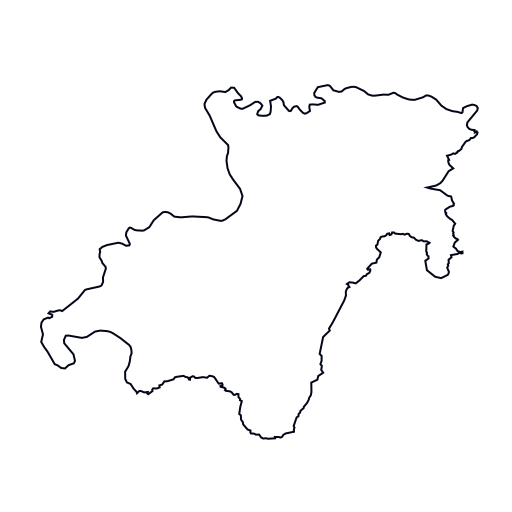 outline of Khoelenya, Mohale's Hoek, Lesotho, rotated 97°
{"feature_id": "5366337B9644670448784", "entity_name": "Khoelenya", "entity_type": "district", "adm_level": 2, "iso_a3": "LSO", "parent_name": "Lesotho", "parent_adm1": "Mohale's Hoek", "projection": "equal_earth", "projection_center": [27.429, -30.302], "detail": "fine", "context": "isolated", "style": "outline", "palette": "ink", "viewbox_px": 512, "rotation_deg": 97, "n_neighbors": 0, "source": "geoboundaries", "source_scale": "gbopen_adm2", "svg_char_len": 5969}
<svg xmlns="http://www.w3.org/2000/svg" viewBox="0 0 512 512"><g transform="rotate(97 256 256)"><path d="M372.5,454.9L376.3,451.3L387.9,442.6L388.8,439.4L390.9,435.7L390.9,431.9L387.2,428.7L384.7,423.7L382.1,422.9L375.8,425.2L366.0,435.7L362.7,436.4L358.3,435.1L357.8,432.2L358.5,418.8L356.9,414.0L350.6,406.5L349.0,401.4L348.7,394.6L349.1,391.4L350.1,388.6L354.1,380.4L359.7,371.2L361.3,369.5L364.5,368.2L367.9,367.6L370.9,368.4L375.9,368.4L380.8,369.1L386.8,371.8L394.0,370.8L397.2,368.7L398.3,364.9L402.8,361.1L405.4,358.0L406.7,357.4L404.4,355.6L404.0,353.9L405.0,350.3L404.2,346.9L405.7,347.2L406.3,346.1L402.7,342.3L401.3,342.7L399.9,341.9L399.6,338.3L398.2,335.6L396.3,336.2L395.0,333.4L391.6,331.7L391.2,329.0L388.5,322.9L386.2,321.6L385.4,319.3L383.8,313.3L384.7,311.1L384.7,309.2L385.2,308.3L386.8,307.5L386.8,306.4L384.8,306.6L383.1,304.3L383.1,303.0L384.4,301.4L384.2,299.2L382.7,294.0L382.8,289.8L380.5,287.6L380.7,284.5L381.2,282.8L387.2,277.5L386.4,274.3L387.7,273.5L388.8,273.5L389.2,275.4L390.1,275.2L390.7,271.0L391.7,269.9L392.9,270.5L393.5,269.5L393.5,265.5L394.2,263.6L396.5,261.3L396.5,260.2L395.2,258.3L395.2,256.6L398.2,256.2L399.9,254.3L401.1,254.3L401.8,252.4L407.5,253.2L414.8,253.4L416.0,251.6L420.2,250.9L422.5,248.8L424.7,248.2L429.2,243.3L429.9,240.2L431.6,240.2L432.7,239.5L432.6,235.9L433.3,234.4L432.9,231.1L435.5,228.8L436.3,226.6L435.7,224.1L435.9,221.6L434.6,214.8L433.3,215.2L432.9,211.5L433.2,209.5L432.3,208.1L430.1,207.0L428.5,204.9L425.8,196.9L423.6,197.3L421.6,196.9L420.2,197.9L411.2,196.0L410.0,194.4L407.5,194.4L406.0,193.1L404.4,193.1L401.0,190.1L399.7,190.1L395.8,187.5L392.1,186.1L390.1,185.9L387.6,184.6L384.3,184.4L374.9,185.7L371.3,180.0L367.5,179.6L363.7,175.1L361.1,177.4L357.1,177.2L355.4,178.9L352.1,178.1L347.1,178.7L345.5,180.9L328.2,179.5L321.0,173.7L319.1,174.7L313.0,171.9L289.6,163.1L284.4,161.9L280.5,162.5L278.5,162.1L276.7,161.3L275.4,159.5L274.3,160.7L273.3,160.9L272.7,162.3L270.7,160.1L270.6,156.7L271.0,153.7L267.6,150.3L262.9,146.7L262.3,144.5L260.7,143.9L258.9,141.5L256.6,140.7L255.3,141.1L256.0,143.3L255.1,144.1L249.5,140.1L247.9,135.7L244.9,135.6L242.2,133.5L237.2,132.6L234.3,136.6L233.0,137.8L231.1,138.2L229.9,136.9L226.0,136.6L224.1,135.1L222.1,134.6L221.2,132.9L220.9,131.1L219.5,129.2L218.0,128.6L217.3,126.6L218.9,126.0L218.5,124.8L217.1,123.8L216.1,123.8L215.8,122.0L216.8,120.6L216.7,114.8L216.1,112.8L216.7,111.2L215.5,109.0L215.5,107.0L217.3,105.8L218.5,103.6L218.5,101.6L220.4,99.2L221.2,96.6L220.1,93.4L221.0,91.4L220.6,88.4L221.8,85.4L222.7,86.2L223.7,88.2L230.8,87.6L232.1,86.6L233.3,86.8L234.5,86.0L235.3,84.8L237.4,84.4L240.1,87.4L249.3,84.6L254.8,75.6L255.4,69.6L251.4,63.4L250.0,62.8L248.2,62.6L244.3,64.8L242.2,64.0L240.9,64.6L239.7,63.8L236.2,64.4L233.5,61.8L231.4,62.6L229.4,56.2L228.0,54.3L228.5,52.4L228.1,51.4L226.5,51.6L227.2,53.5L226.6,56.5L224.4,58.3L222.6,61.3L218.4,60.3L215.3,57.5L214.6,58.2L214.4,59.6L213.5,61.0L212.7,62.0L211.7,62.2L211.6,62.8L210.7,62.5L209.5,63.1L208.6,62.7L207.1,63.9L201.8,63.4L199.7,62.2L196.2,65.9L195.8,67.3L193.4,71.0L191.1,72.9L190.2,72.4L189.2,73.6L187.4,73.9L186.6,73.4L183.4,69.5L182.2,66.4L181.5,65.9L180.5,66.3L179.9,65.9L177.0,68.2L173.5,69.4L173.1,69.7L173.0,72.4L172.4,74.0L168.3,81.2L167.8,91.1L167.2,94.5L164.1,85.8L161.3,82.0L158.6,80.0L148.3,75.1L145.0,70.9L142.0,75.1L139.6,76.5L137.6,76.9L137.1,76.0L133.2,78.6L131.8,75.1L130.1,72.6L130.4,70.9L129.0,69.1L128.6,69.3L128.1,68.5L127.1,68.2L126.9,67.2L124.7,65.2L122.5,64.8L117.3,62.0L116.1,60.9L115.3,58.8L114.1,57.7L112.8,57.2L112.4,55.1L111.6,53.9L108.2,51.4L106.4,51.2L106.3,51.8L105.8,52.1L106.5,53.3L105.6,53.0L106.0,54.1L105.2,54.9L104.4,54.6L104.4,57.9L103.8,59.9L102.1,61.8L100.3,62.7L97.5,62.4L84.7,54.2L82.1,53.9L80.3,55.3L79.6,57.3L79.4,59.9L81.5,64.7L83.9,68.5L88.3,68.6L89.1,69.4L88.4,73.5L88.3,78.8L87.0,84.9L84.1,90.4L78.9,96.1L76.4,101.3L75.7,104.6L75.9,106.7L78.2,109.7L81.7,117.6L82.0,121.7L81.9,124.1L80.7,129.8L78.6,135.5L77.4,137.6L77.2,139.5L79.8,144.1L80.3,149.3L82.4,157.6L82.7,160.1L82.0,164.3L79.1,168.8L76.3,177.0L76.1,179.2L76.5,181.8L78.2,186.3L79.3,188.3L82.3,191.1L83.0,193.7L82.1,199.4L78.4,203.1L77.8,204.4L77.7,205.8L80.9,215.2L87.1,218.1L89.4,217.6L90.8,216.4L91.4,214.6L91.4,210.8L91.8,209.8L93.8,206.7L95.3,206.4L98.4,212.9L98.6,218.3L99.2,221.1L101.5,221.3L105.5,220.1L108.1,223.2L108.8,225.0L108.1,226.9L105.2,230.6L102.7,232.8L102.3,234.0L103.2,236.5L105.0,237.9L107.7,239.1L108.1,239.9L107.9,241.1L102.9,246.7L100.0,247.5L98.1,248.9L95.9,251.8L95.4,253.4L95.7,254.3L97.5,255.6L100.2,260.9L105.9,259.3L111.3,259.1L113.6,259.6L115.5,262.8L116.1,267.0L116.1,270.8L115.1,272.1L112.0,271.5L109.6,269.3L106.0,268.0L103.8,270.2L102.7,272.7L103.1,275.5L107.2,280.4L111.6,287.4L111.6,289.4L110.1,293.7L106.1,296.6L104.8,296.6L104.1,295.8L102.7,289.9L102.2,289.1L101.1,289.1L99.1,290.5L96.7,293.6L91.7,298.2L91.9,301.3L94.5,303.2L97.0,306.3L96.9,312.1L97.9,316.1L98.9,318.3L100.3,319.7L107.0,324.3L111.1,325.6L112.8,325.4L115.5,324.4L122.3,319.1L137.0,310.5L142.5,306.0L149.3,297.2L151.5,296.6L157.2,296.3L160.0,297.0L165.1,296.9L172.5,294.9L178.2,292.0L183.2,287.8L191.3,280.0L198.2,276.7L206.1,277.7L213.5,280.4L223.5,291.1L225.2,294.0L225.4,295.8L224.9,302.6L223.5,308.0L223.5,310.1L224.5,324.2L226.8,335.3L226.9,341.8L224.4,345.9L223.4,348.6L223.3,351.6L224.1,354.0L232.9,361.8L240.4,365.4L244.2,370.2L244.7,371.7L245.1,377.8L244.8,380.1L243.2,383.6L243.2,384.8L244.1,385.7L248.3,387.6L251.6,387.6L258.8,383.0L259.7,382.7L260.9,383.1L261.7,386.1L260.0,390.5L259.6,394.3L263.3,405.2L265.7,409.6L268.3,412.0L271.1,411.2L273.4,411.5L276.3,411.2L279.6,408.6L281.6,407.7L285.1,404.0L286.8,403.5L296.0,405.3L300.3,404.6L303.7,405.6L304.7,406.4L305.6,408.3L309.8,420.2L310.7,421.7L320.1,427.6L334.3,441.7L333.7,443.8L334.3,446.0L336.1,450.0L336.1,453.5L338.2,454.9L339.1,451.1L341.2,450.9L343.0,453.7L342.5,454.9L344.8,459.0L348.3,460.8L352.5,460.8L359.7,457.9L367.5,458.7L372.5,454.9Z" fill="none" stroke="#020617" stroke-width="2"/></g></svg>